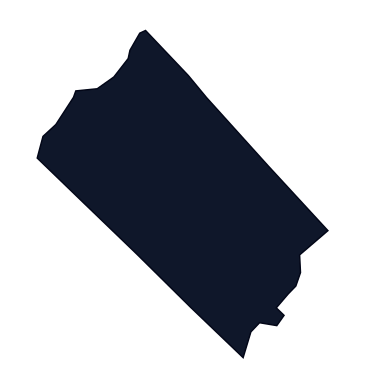 outline of Chester, South Carolina, United States of America, rotated 224°
{"feature_id": "52423323B83893074042223", "entity_name": "Chester", "entity_type": "district", "adm_level": 2, "iso_a3": "USA", "parent_name": "United States of America", "parent_adm1": "South Carolina", "projection": "orthographic", "projection_center": [-81.171, 34.683], "detail": "fine", "context": "isolated", "style": "filled", "palette": "ink", "viewbox_px": 384, "rotation_deg": 224, "n_neighbors": 0, "source": "geoboundaries", "source_scale": "gbopen_adm2", "svg_char_len": 507}
<svg xmlns="http://www.w3.org/2000/svg" viewBox="0 0 384 384"><g transform="rotate(224 192 192)"><path d="M67.4,258.6L155.4,263.7L247.1,270.0L275.5,273.2L337.6,275.9L339.9,270.0L335.1,250.9L330.6,243.7L328.1,220.5L331.9,200.4L345.8,184.0L343.0,177.8L336.8,146.0L337.8,128.5L326.9,108.9L260.3,108.9L188.5,109.0L112.8,108.1L40.2,108.4L52.5,132.3L52.6,144.9L38.2,154.8L40.1,167.2L50.9,167.2L52.0,185.3L52.0,196.5L58.0,209.4L70.9,221.5L67.4,258.6Z" fill="#0f172a" stroke="#020617" stroke-width="1.5"/></g></svg>